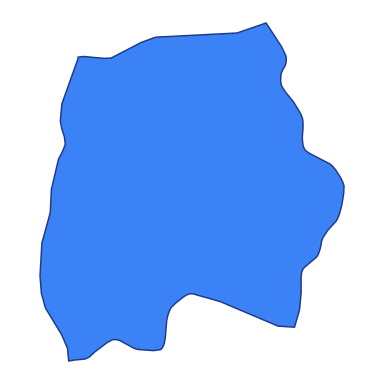 the border of Le Kef
{"feature_id": "TUN-109", "entity_name": "Le Kef", "entity_type": "Governorate", "adm_level": 1, "iso_a3": "TUN", "parent_name": "Tunisia", "parent_adm1": "", "projection": "mercator", "projection_center": [8.752, 36.03], "detail": "fine", "context": "isolated", "style": "filled", "palette": "blue", "viewbox_px": 384, "rotation_deg": 0, "n_neighbors": 0, "source": "natural_earth", "source_scale": "10m", "svg_char_len": 1451}
<svg xmlns="http://www.w3.org/2000/svg" viewBox="0 0 384 384"><path d="M68.7,361.0L67.5,348.3L61.7,334.8L45.4,307.9L41.4,293.4L40.0,275.9L41.9,243.1L49.0,217.2L50.3,212.3L51.4,189.5L58.5,159.1L62.2,152.2L65.3,144.4L64.4,136.9L61.9,129.2L60.3,121.0L61.9,103.8L77.8,59.3L78.1,57.1L83.6,56.5L104.4,58.4L111.2,58.0L141.3,42.4L154.1,37.7L157.1,37.1L237.0,33.0L266.1,23.0L281.6,46.8L285.7,55.4L286.1,57.2L286.3,60.4L285.8,63.6L285.3,65.2L283.7,68.3L282.6,69.9L281.6,72.3L280.9,75.1L280.6,80.6L281.0,83.5L281.6,85.9L285.1,91.6L293.7,102.2L300.3,113.1L301.7,116.3L302.6,118.9L303.0,122.3L303.0,128.2L302.3,136.8L302.4,139.8L303.0,145.4L304.1,148.3L305.4,150.5L309.9,153.6L330.4,164.2L332.9,166.6L335.8,170.1L341.1,178.5L343.0,182.7L344.0,186.0L343.7,193.4L341.9,204.6L339.5,213.7L337.7,218.4L335.8,221.5L327.8,230.3L323.0,237.6L321.7,240.7L320.6,246.9L319.7,250.4L318.5,253.8L317.6,255.5L316.5,257.1L304.6,267.2L303.4,268.5L302.3,270.5L301.9,271.7L301.5,273.3L301.1,276.7L301.1,293.0L299.7,308.4L299.1,311.4L294.5,327.2L278.0,326.1L220.5,301.7L193.2,293.9L189.9,293.7L187.1,294.7L183.5,296.9L175.9,302.9L172.7,306.0L170.6,308.4L169.9,309.9L168.5,313.3L167.4,317.1L166.7,320.6L165.3,337.4L164.4,342.9L163.5,345.7L161.8,348.5L160.7,349.6L153.6,350.6L138.1,349.5L134.3,348.4L119.7,340.5L118.1,340.0L116.5,339.7L113.5,339.5L110.6,340.7L106.7,342.9L94.8,351.9L89.0,357.3L84.7,359.1L74.7,360.0L68.7,361.0Z" fill="#3b82f6" stroke="#1e3a8a" stroke-width="1.5"/></svg>